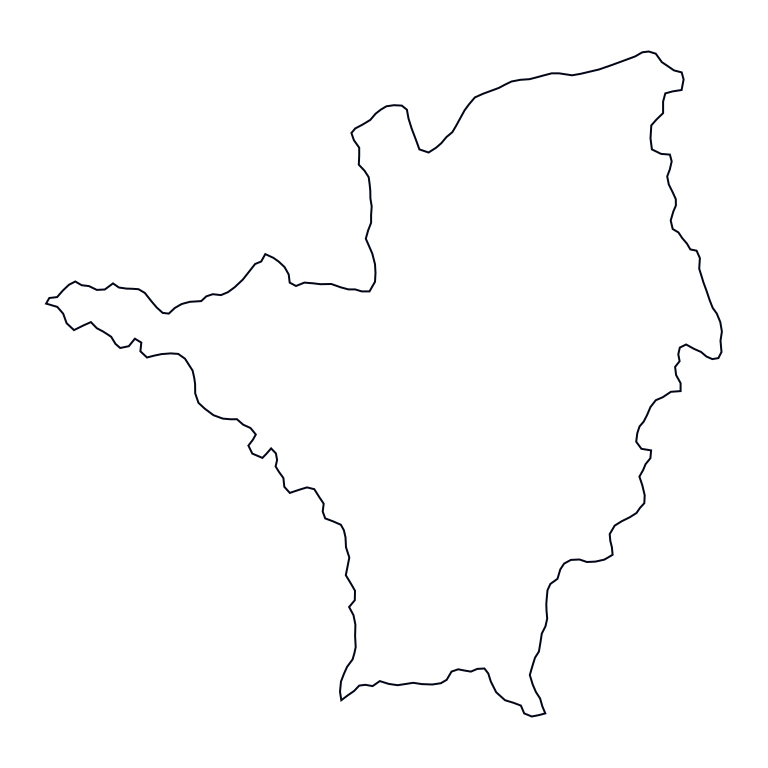 outline of Sete Lagoas, Minas Gerais, Brazil
{"feature_id": "56859067B67283599101472", "entity_name": "Sete Lagoas", "entity_type": "district", "adm_level": 2, "iso_a3": "BRA", "parent_name": "Brazil", "parent_adm1": "Minas Gerais", "projection": "orthographic", "projection_center": [-44.272, -19.446], "detail": "fine", "context": "isolated", "style": "outline", "palette": "ink", "viewbox_px": 768, "rotation_deg": 0, "n_neighbors": 0, "source": "geoboundaries", "source_scale": "gbopen_adm2", "svg_char_len": 4019}
<svg xmlns="http://www.w3.org/2000/svg" viewBox="0 0 768 768"><path d="M428.6,152.5L419.4,149.4L415.7,139.2L411.7,128.7L408.5,118.5L406.9,109.7L401.8,105.6L394.0,105.2L386.4,106.3L380.7,109.7L375.6,113.7L370.3,119.9L362.4,124.7L355.3,128.4L351.4,133.0L353.9,140.2L359.2,147.7L359.2,155.9L358.8,164.7L364.6,170.8L368.7,177.2L369.7,184.7L370.3,190.9L370.4,198.3L371.7,206.5L371.1,215.0L371.1,222.8L368.2,230.2L365.8,238.7L368.7,245.3L372.3,253.6L375.0,264.2L375.5,272.8L375.0,281.8L369.5,291.4L361.7,291.4L355.1,289.4L348.4,289.4L341.0,287.4L331.3,284.0L320.4,284.2L313.0,283.3L304.4,282.6L296.0,286.0L289.7,282.6L288.7,274.4L284.5,267.0L278.7,261.6L273.3,257.8L265.3,254.1L261.2,261.5L255.1,264.0L249.6,271.0L242.8,279.6L234.6,287.3L227.9,292.2L221.0,295.1L212.8,294.2L206.4,296.3L201.2,301.1L189.9,301.8L181.7,304.0L174.9,307.9L168.8,313.6L162.7,312.9L156.7,307.5L151.2,301.0L144.8,292.9L138.5,289.2L132.6,288.8L126.5,288.6L118.9,287.5L113.0,283.4L104.8,289.5L96.8,289.9L89.0,286.1L81.6,285.2L75.3,281.5L68.9,284.8L62.8,290.6L57.1,297.1L49.3,298.0L46.1,303.6L57.3,306.9L63.2,313.7L66.6,323.2L74.0,330.1L83.3,325.5L90.9,322.1L96.8,328.2L103.4,331.7L111.2,336.8L115.4,343.8L120.2,348.0L128.8,346.2L134.9,338.7L141.3,342.6L140.4,351.3L147.0,357.5L153.9,355.7L161.5,354.1L170.7,353.4L178.2,353.9L185.0,358.7L188.7,364.5L192.6,370.6L194.2,377.7L195.1,384.0L195.2,393.4L198.5,402.9L204.8,408.7L213.5,415.2L222.8,418.6L231.1,419.3L236.9,419.2L243.2,424.7L250.5,428.0L255.8,434.5L252.8,439.9L248.4,445.6L252.3,453.6L262.4,457.9L266.6,453.6L271.1,448.4L275.9,453.4L277.1,460.0L275.6,466.4L278.9,471.8L283.4,478.0L284.3,486.8L289.8,492.9L299.7,489.6L307.0,487.4L314.3,489.2L319.6,497.6L323.7,503.7L322.7,511.5L325.2,518.4L332.7,521.2L340.9,524.8L343.9,530.3L345.5,537.3L346.0,547.3L349.3,557.5L347.4,567.3L345.8,575.2L351.5,584.6L355.0,590.8L354.8,600.2L349.1,607.0L353.5,615.2L355.4,624.7L355.1,636.2L355.7,647.1L354.4,653.2L352.6,659.4L347.1,666.8L344.0,673.7L341.0,681.5L340.0,691.7L341.3,700.2L348.1,695.1L354.2,690.9L359.2,685.6L365.3,684.8L372.6,686.1L379.8,681.1L388.7,683.9L397.6,685.2L404.9,684.1L413.1,682.8L421.9,684.1L432.3,684.5L440.9,683.2L446.7,679.8L451.5,671.6L458.2,669.3L464.3,670.5L470.9,671.6L477.3,668.9L484.4,668.5L488.3,673.5L490.8,681.5L496.2,692.3L505.0,700.2L513.8,702.9L520.9,705.6L524.2,713.4L531.8,716.5L538.9,715.1L545.3,713.4L542.4,706.5L540.1,698.5L535.9,692.0L532.7,684.5L529.8,675.0L532.4,666.1L535.0,657.7L538.9,651.6L540.4,642.7L541.8,633.6L545.5,626.2L547.2,618.6L546.5,610.4L546.3,604.1L546.8,597.6L547.5,590.2L550.4,583.9L557.5,578.8L560.3,569.4L564.1,563.6L570.9,559.9L579.5,559.5L586.9,562.0L595.5,561.6L604.4,559.6L612.6,554.8L611.9,547.3L610.3,540.8L609.7,534.1L614.7,525.6L621.8,521.2L629.5,517.4L636.5,513.0L640.0,507.9L644.3,503.2L644.7,495.3L642.3,485.2L639.4,476.6L643.1,470.1L645.6,464.1L650.4,458.2L651.1,450.4L641.4,448.8L636.2,441.7L637.3,433.2L639.5,426.5L643.7,421.6L647.0,415.2L650.5,407.0L655.8,400.2L662.8,397.2L670.9,391.8L680.6,391.1L680.6,383.2L676.1,375.1L675.1,366.9L679.6,361.2L678.3,354.3L679.8,347.6L686.1,344.5L694.1,348.9L701.1,352.0L706.4,356.5L712.3,359.1L718.4,358.1L721.5,352.0L720.5,340.7L721.9,331.6L720.3,322.1L716.8,313.6L712.7,307.9L709.7,300.3L706.8,291.6L703.4,282.3L701.5,276.0L699.2,268.7L699.9,258.2L696.6,250.7L690.3,249.4L687.0,243.7L682.3,238.2L678.4,232.4L672.7,229.0L670.7,220.5L673.3,211.6L675.9,205.5L675.8,199.2L672.7,192.3L668.8,184.5L667.2,176.4L669.8,169.5L671.7,161.4L669.9,154.6L661.1,153.9L651.9,149.4L650.5,138.3L651.3,125.4L656.4,119.6L663.1,113.1L663.1,101.6L665.3,93.4L672.6,91.4L681.6,90.0L683.6,79.5L681.7,72.4L674.0,70.4L667.0,65.6L661.8,62.1L655.8,53.7L648.7,51.5L642.3,52.3L635.2,56.4L612.2,64.9L598.9,69.5L580.7,73.8L572.1,75.3L558.8,73.3L551.8,73.3L544.1,75.3L536.8,77.3L529.4,79.2L520.4,79.8L511.5,81.5L505.1,84.6L498.9,87.9L491.9,90.5L483.2,93.7L474.9,97.4L469.1,104.2L464.6,110.3L460.1,118.5L456.0,126.0L452.4,132.1L446.4,137.1L441.3,143.2L436.1,147.7L428.6,152.5Z" fill="none" stroke="#020617" stroke-width="2"/></svg>